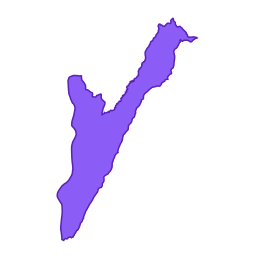 the district of Nariño, Cundinamarca, Colombia, rotated 352°
{"feature_id": "7082276B15133732541467", "entity_name": "Nariño", "entity_type": "district", "adm_level": 2, "iso_a3": "COL", "parent_name": "Colombia", "parent_adm1": "Cundinamarca", "projection": "natural_earth1", "projection_center": [-74.789, 4.405], "detail": "fine", "context": "isolated", "style": "filled", "palette": "violet", "viewbox_px": 256, "rotation_deg": 352, "n_neighbors": 0, "source": "geoboundaries", "source_scale": "gbopen_adm2", "svg_char_len": 5724}
<svg xmlns="http://www.w3.org/2000/svg" viewBox="0 0 256 256"><g transform="rotate(352 128 128)"><path d="M187.7,25.6L185.7,27.0L185.4,27.4L185.3,28.0L185.2,29.4L184.9,30.0L184.4,30.3L183.7,30.3L182.8,29.8L182.1,29.7L181.4,29.9L179.2,31.7L178.0,32.4L177.1,32.1L175.6,30.7L174.6,30.3L174.5,30.0L174.0,29.6L173.4,29.5L173.0,29.6L172.1,30.9L172.1,31.2L172.2,32.6L172.4,33.3L172.4,34.1L171.6,35.7L171.4,37.2L169.0,39.5L168.6,40.0L168.4,40.8L168.0,41.5L165.7,42.7L165.1,44.2L164.3,45.0L163.0,45.5L162.6,45.7L161.5,47.9L160.5,49.0L159.9,50.3L158.0,51.8L155.6,55.1L155.2,57.5L155.3,59.6L155.1,61.5L154.7,62.7L154.1,63.3L154.0,64.0L153.7,64.5L153.3,64.6L152.7,64.5L152.0,65.2L151.1,65.6L150.5,66.8L150.5,68.0L149.6,69.5L148.3,70.5L147.5,70.8L147.7,71.3L147.1,71.6L146.7,72.5L146.1,73.1L146.1,75.3L145.8,75.9L145.6,76.5L145.8,77.5L145.4,77.8L144.7,77.9L144.2,78.3L143.2,79.7L143.0,79.8L141.6,79.9L140.8,80.7L140.6,82.1L140.2,82.5L139.9,82.4L139.8,81.7L139.5,81.6L139.2,81.9L139.2,82.7L139.1,82.9L138.9,82.9L138.6,82.0L138.4,81.9L138.1,82.0L137.9,82.8L137.6,83.0L137.5,82.9L137.1,82.3L136.7,82.3L136.5,82.8L136.6,83.5L136.5,83.8L135.5,84.2L135.1,85.2L134.7,85.6L134.3,85.7L134.1,86.3L133.1,86.5L132.4,87.3L132.3,87.8L132.4,88.1L133.1,89.2L132.8,89.4L132.6,90.1L132.1,90.1L131.7,90.3L131.7,91.6L131.5,92.2L131.1,92.4L130.4,92.2L130.4,92.3L130.5,92.6L130.4,93.0L129.6,94.2L128.9,94.4L128.6,95.0L128.4,95.3L128.2,95.3L127.8,94.9L127.4,95.0L127.1,95.4L127.3,96.0L126.3,96.7L126.2,97.5L125.4,97.5L125.1,97.7L125.0,98.0L125.2,98.4L125.3,98.7L125.1,99.1L125.0,100.1L124.6,100.6L124.3,100.6L123.7,100.2L123.0,100.3L122.6,101.1L122.1,101.2L121.9,101.3L121.1,102.8L120.9,102.8L120.4,102.4L120.2,102.5L119.5,103.9L118.9,104.2L118.7,104.5L118.5,105.9L117.9,106.0L117.6,106.2L117.6,107.0L116.9,108.1L114.6,108.6L114.0,108.4L113.6,108.0L113.2,108.0L112.0,109.1L111.6,109.7L111.2,109.6L110.7,109.0L110.1,109.6L109.7,109.8L108.9,109.8L108.5,110.0L107.8,110.1L107.4,109.9L106.8,109.4L106.7,109.5L106.7,110.1L106.6,110.3L104.5,111.1L104.1,111.1L104.4,110.2L104.4,109.1L104.9,108.5L105.0,107.8L105.6,106.7L105.7,105.9L105.9,105.3L106.7,104.4L107.5,102.6L108.2,101.7L108.8,99.3L106.0,95.9L105.7,94.7L105.7,93.9L106.1,91.6L106.1,90.9L105.6,90.6L103.9,90.9L102.5,91.5L101.8,91.3L101.2,91.8L100.6,92.7L100.2,92.8L99.2,92.7L97.2,91.9L97.1,91.2L97.2,90.7L97.7,89.9L97.6,88.3L95.9,87.2L94.2,85.3L92.5,84.2L91.6,84.1L91.4,83.9L91.4,83.4L91.7,82.1L91.7,81.2L91.8,80.7L91.8,79.8L91.4,78.6L90.7,76.9L89.2,74.5L89.0,74.0L88.9,72.6L89.1,69.9L87.2,69.7L85.2,69.1L81.4,68.4L79.7,68.7L77.9,69.2L76.9,69.6L76.6,69.9L75.2,72.7L74.4,82.1L74.3,86.4L75.0,89.1L75.0,90.1L76.5,95.6L77.4,96.5L77.8,97.5L78.3,99.2L78.3,100.8L78.2,101.7L76.1,107.8L73.5,113.5L72.7,116.8L72.7,118.0L73.3,119.0L74.4,120.6L75.5,122.7L75.9,125.2L75.8,127.4L74.4,129.9L71.5,133.9L70.3,136.5L69.5,139.0L69.1,141.7L68.3,149.5L68.0,153.7L68.0,157.4L67.8,160.3L66.6,165.0L65.7,166.9L62.4,171.1L60.6,172.7L59.3,173.6L57.4,174.4L54.5,176.2L50.9,180.1L49.6,181.8L48.8,183.6L48.4,185.8L49.0,188.1L51.8,194.4L51.8,196.3L51.2,202.0L50.5,205.3L49.5,208.7L47.8,215.9L47.3,218.7L47.4,221.9L47.3,227.1L47.0,229.2L48.4,230.3L48.7,230.4L49.5,229.2L50.7,228.9L51.8,229.3L52.4,229.3L52.8,229.1L53.6,228.2L54.2,227.9L55.0,228.0L55.8,227.9L56.6,228.8L57.6,228.4L58.4,228.4L58.9,227.2L59.9,226.6L60.2,225.5L60.5,225.1L61.1,224.9L62.3,223.3L62.5,222.9L62.8,222.5L63.9,222.1L64.5,221.6L64.7,221.0L65.3,220.5L65.5,219.7L66.2,219.2L66.4,218.2L67.0,217.4L67.6,215.7L68.5,215.1L69.2,214.4L70.0,213.3L70.4,212.2L71.5,211.0L71.5,210.2L72.0,209.2L72.6,207.8L73.4,206.8L74.4,204.7L76.5,202.1L78.6,199.2L78.9,198.6L81.4,196.0L81.9,195.3L82.1,194.8L82.9,194.3L83.3,193.6L84.7,191.5L88.9,187.1L89.4,186.1L89.9,184.5L90.7,183.7L91.7,183.2L92.8,183.2L93.4,183.0L93.9,182.5L94.6,181.1L94.6,180.2L94.9,179.4L95.9,178.5L96.6,177.5L97.1,175.8L97.2,173.2L98.4,172.0L101.9,170.6L103.2,169.1L104.6,168.1L105.8,166.4L106.4,165.3L106.9,164.2L107.4,160.8L107.9,159.6L108.5,159.1L108.5,158.5L108.8,157.8L110.9,154.5L111.4,153.2L112.9,151.8L114.8,150.8L114.6,149.5L115.8,146.8L118.3,142.6L120.2,140.2L120.8,138.8L121.6,136.1L122.4,134.3L122.8,133.9L124.2,133.0L124.6,132.3L127.9,129.6L128.6,126.8L128.7,125.7L130.5,124.2L131.8,123.2L132.5,122.2L133.6,119.4L133.9,119.1L135.8,118.0L136.3,116.8L136.7,116.1L137.0,115.1L137.7,114.1L137.7,112.4L139.1,109.9L140.1,108.8L141.2,108.3L142.0,107.6L142.9,106.6L144.4,104.3L145.1,103.0L145.1,102.4L145.3,102.0L146.3,101.6L146.9,101.5L147.3,101.0L147.6,100.1L147.7,98.8L148.1,97.9L148.8,96.8L149.8,96.0L152.2,94.6L155.4,92.3L157.8,91.0L159.7,91.0L162.8,90.5L163.7,90.6L165.1,91.0L165.4,90.9L166.9,89.6L167.8,88.0L168.1,87.7L168.7,87.7L169.6,87.0L170.3,87.0L170.9,86.7L171.3,85.7L171.8,85.5L173.5,85.1L174.2,85.3L174.1,84.3L174.3,83.7L174.5,82.7L176.9,80.6L177.8,80.4L178.5,80.3L178.7,80.1L178.7,78.8L178.4,77.0L179.4,75.5L180.2,75.1L180.5,75.1L181.2,74.2L182.3,71.9L182.3,71.0L183.2,67.8L183.7,66.3L184.3,63.1L184.1,62.1L183.9,59.4L183.9,58.8L184.3,57.7L184.9,56.9L185.7,56.3L186.1,56.0L187.0,55.7L188.3,54.5L188.3,54.3L189.6,52.7L190.0,51.8L190.5,51.2L190.6,50.8L191.6,50.2L191.7,49.7L191.6,48.6L191.7,48.3L192.2,47.9L193.4,49.4L193.9,49.7L194.2,49.7L194.5,49.2L196.1,49.0L198.9,49.3L200.2,50.0L201.4,51.2L202.4,51.5L202.7,51.5L203.3,51.2L204.4,50.2L206.2,49.2L207.8,48.5L208.6,48.6L209.0,48.4L208.3,47.8L205.7,46.9L202.5,46.8L201.6,46.5L200.9,46.5L200.1,46.2L199.9,45.5L199.8,43.9L198.8,42.9L199.0,42.3L198.7,41.3L196.1,37.9L195.2,36.3L194.4,35.6L193.9,34.9L193.5,34.6L192.4,34.6L191.4,34.9L190.3,34.2L190.1,33.9L190.1,33.4L189.3,31.9L189.3,31.4L189.5,30.8L189.4,30.1L189.0,29.2L188.1,28.4L188.0,28.0L188.2,27.3L188.1,27.1L187.9,25.8L187.7,25.6Z" fill="#8b5cf6" stroke="#5b21b6" stroke-width="1.5"/></g></svg>